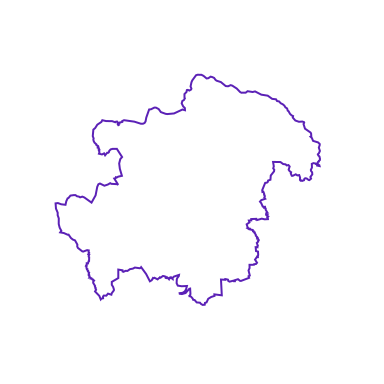 Pluak Daeng, Rayong, Thailand (Natural Earth projection), rotated 332°
{"feature_id": "78962969B8046097083868", "entity_name": "Pluak Daeng", "entity_type": "district", "adm_level": 2, "iso_a3": "THA", "parent_name": "Thailand", "parent_adm1": "Rayong", "projection": "natural_earth1", "projection_center": [101.223, 12.976], "detail": "fine", "context": "isolated", "style": "outline", "palette": "violet", "viewbox_px": 384, "rotation_deg": 332, "n_neighbors": 0, "source": "geoboundaries", "source_scale": "gbopen_adm2", "svg_char_len": 6026}
<svg xmlns="http://www.w3.org/2000/svg" viewBox="0 0 384 384"><g transform="rotate(332 192 192)"><path d="M323.5,198.8L324.6,196.3L324.6,195.2L321.5,189.1L322.4,184.3L323.6,183.5L323.7,182.9L322.5,181.6L319.4,180.2L316.8,177.4L315.9,173.6L316.9,172.4L315.9,171.1L315.2,168.9L315.2,166.0L314.7,165.1L315.2,162.9L314.2,161.1L314.1,159.1L313.3,157.1L312.0,155.3L311.4,152.9L309.8,151.6L309.7,149.6L306.5,147.4L304.1,142.5L298.9,138.6L294.9,132.8L292.5,132.2L288.4,129.1L286.0,129.5L282.2,127.5L281.4,126.3L280.1,121.7L277.5,117.0L276.3,115.8L273.5,115.6L271.5,114.3L269.1,108.5L266.0,105.3L265.4,104.1L265.1,101.7L263.9,100.1L262.6,98.9L259.8,99.2L258.2,98.6L256.7,94.9L255.4,93.0L252.0,91.1L250.4,90.8L244.6,93.6L243.1,94.8L240.3,98.1L240.0,100.5L239.3,101.1L237.3,101.2L236.3,99.9L235.3,99.6L234.1,101.1L231.3,102.0L229.6,105.3L229.7,105.9L228.0,107.0L226.2,107.1L224.5,108.9L224.4,112.3L225.1,114.5L224.2,116.5L222.3,114.7L213.0,114.2L206.8,111.6L205.4,110.6L202.0,106.8L201.5,103.1L199.8,100.6L198.4,99.8L194.6,99.7L192.9,99.0L186.6,104.8L184.1,107.9L182.5,108.8L180.7,108.7L178.9,107.7L174.1,102.8L165.7,96.7L163.7,96.6L163.3,97.4L160.4,96.6L160.0,97.6L159.0,97.6L158.4,99.2L158.2,97.3L159.0,95.9L158.9,94.6L157.8,94.2L157.0,94.4L154.8,92.0L149.4,89.0L146.5,86.5L144.9,87.6L140.0,88.1L136.5,90.1L134.2,90.6L130.6,96.1L130.3,98.5L129.5,99.4L129.1,100.9L129.1,102.7L129.9,104.9L129.6,105.4L130.7,107.4L130.5,108.3L129.8,108.0L129.5,108.6L130.2,109.2L130.1,111.3L129.8,111.6L129.3,111.4L129.0,113.4L127.8,114.5L130.2,116.6L132.5,116.6L132.5,118.8L135.6,117.5L136.2,118.0L137.2,117.9L138.3,116.8L140.2,116.2L142.0,116.6L145.9,118.6L146.7,128.3L144.1,129.3L141.1,132.6L139.2,137.6L137.7,144.8L134.0,143.8L132.4,143.9L131.8,143.2L131.0,143.9L129.7,143.6L130.2,151.0L129.5,149.9L124.6,146.9L123.9,145.8L121.1,145.9L117.6,145.3L114.7,141.3L113.0,141.2L110.8,142.9L105.3,149.7L98.3,154.2L94.4,146.3L93.0,144.6L90.7,144.2L90.0,143.0L88.4,141.7L87.7,140.1L86.3,139.3L83.0,138.1L80.1,139.3L79.2,139.2L76.7,141.1L74.3,143.9L70.7,141.4L68.4,138.8L66.2,138.0L64.1,142.8L63.7,147.2L62.5,149.4L62.0,152.7L59.3,157.7L58.4,161.4L58.4,164.9L56.7,165.8L59.6,168.1L62.2,171.4L63.0,171.7L63.5,175.8L64.5,178.1L66.0,179.8L66.1,184.6L65.1,186.2L65.0,187.8L67.2,192.8L67.9,193.5L72.1,194.1L73.4,195.1L72.5,196.4L72.7,197.2L71.2,198.3L71.9,199.0L70.6,200.1L70.4,200.8L70.6,201.3L68.7,204.6L68.3,204.5L66.6,206.2L65.6,205.5L64.6,207.3L64.3,207.0L63.6,207.5L63.8,207.8L63.0,210.2L63.4,210.9L62.9,211.3L63.3,212.8L62.8,213.2L63.3,214.9L62.8,215.2L62.3,217.0L61.9,216.5L61.7,216.8L61.8,219.1L61.3,219.4L62.0,219.7L62.4,220.6L62.1,220.9L62.8,221.2L62.8,222.2L63.5,222.7L63.8,223.8L63.3,223.7L63.1,224.8L62.5,225.0L62.1,225.9L62.3,229.5L61.8,230.0L61.9,231.6L61.4,231.9L61.4,233.3L59.7,234.3L61.4,240.2L61.0,244.0L61.9,243.6L63.6,244.1L64.3,242.6L65.4,242.0L67.7,243.3L70.1,242.3L72.6,244.8L73.6,243.7L76.8,242.2L77.3,241.4L77.8,238.8L77.6,236.3L79.0,233.7L86.5,233.4L90.5,225.9L93.9,228.5L93.4,229.6L94.0,230.3L96.3,230.4L98.0,231.4L101.0,231.0L103.8,231.9L106.1,231.9L110.1,234.8L111.1,234.9L111.8,234.5L113.0,242.9L112.9,251.1L115.0,251.0L117.2,249.6L117.5,250.1L118.6,250.1L120.6,253.0L122.3,252.5L123.5,252.8L123.8,252.4L124.2,252.9L126.8,252.5L127.5,252.9L128.8,254.2L128.4,255.5L129.0,256.0L129.9,255.6L130.7,258.2L131.8,257.1L133.0,257.3L133.5,257.9L133.0,258.3L133.5,258.7L133.4,258.2L133.6,258.0L134.1,259.6L134.6,258.7L136.3,258.2L141.6,259.1L140.9,260.0L138.4,261.2L137.5,262.1L135.6,265.3L135.5,268.0L138.7,270.4L143.4,272.6L141.0,275.2L138.9,276.4L136.3,276.6L133.6,275.5L133.4,276.1L135.2,277.4L138.9,278.2L144.2,276.2L145.0,276.4L142.7,281.4L141.3,282.5L140.0,282.6L141.3,282.9L142.0,283.9L142.6,286.5L142.4,287.7L143.6,288.6L144.3,291.7L147.1,293.5L147.3,294.8L148.4,296.7L150.3,297.5L151.4,296.0L153.0,296.3L156.2,293.9L159.7,293.7L163.1,294.3L163.7,292.9L169.8,297.2L176.5,282.9L180.1,285.1L180.5,284.5L181.3,285.1L182.6,286.3L182.3,287.6L183.1,288.8L187.2,289.8L187.1,290.4L188.0,290.9L188.5,290.0L191.7,290.6L192.7,293.0L193.5,293.5L202.1,294.6L202.4,292.9L203.8,292.9L205.1,287.8L207.1,286.2L208.6,283.3L212.5,285.3L212.9,284.9L214.7,285.6L216.2,285.0L215.9,281.3L218.5,280.0L219.4,280.4L219.5,279.5L220.1,279.6L220.9,278.6L222.3,275.6L220.8,274.2L222.3,270.6L223.8,271.5L224.2,270.6L224.9,270.4L225.3,267.4L227.1,266.9L227.2,266.2L228.4,265.8L228.3,264.3L227.8,263.9L228.4,263.5L227.9,262.8L228.4,262.2L227.8,260.5L228.3,259.6L228.0,257.6L228.4,257.2L227.9,256.7L228.1,255.7L227.4,255.3L227.8,254.0L226.3,252.9L226.0,251.6L225.3,251.3L224.9,251.6L224.0,250.0L224.7,250.0L224.5,249.4L225.1,246.2L228.5,245.8L228.8,243.9L231.0,244.9L231.6,243.7L236.0,245.8L235.7,246.4L236.3,246.7L236.3,247.3L241.1,248.3L243.3,250.2L246.3,251.6L246.8,250.4L246.6,249.6L247.8,249.3L247.0,247.7L247.7,247.4L246.8,247.0L246.9,246.5L247.7,245.5L248.9,245.6L248.7,242.2L249.3,241.2L249.0,240.7L249.4,239.6L248.3,239.6L248.5,238.7L247.6,238.1L247.9,234.5L247.5,232.4L249.4,231.7L253.5,232.4L253.3,230.7L254.3,230.0L254.6,229.0L254.3,228.3L254.9,227.4L255.1,225.5L254.4,225.2L254.9,224.7L254.5,224.1L254.9,223.3L260.9,218.3L262.5,218.9L263.6,218.7L264.6,217.6L267.0,218.0L269.3,214.4L274.1,212.3L275.1,210.9L274.8,209.3L276.3,207.7L277.7,203.5L284.2,207.1L285.6,210.1L287.6,211.5L288.1,213.0L289.8,213.5L290.2,215.3L287.8,217.7L288.0,219.5L288.8,221.1L287.9,222.0L287.7,224.5L288.5,225.0L291.9,225.1L292.8,226.8L294.6,227.4L294.2,230.0L293.0,232.0L293.2,233.0L294.2,233.2L294.4,233.9L296.4,234.2L297.3,233.2L298.4,233.0L299.6,233.9L300.6,236.1L301.2,236.6L303.4,236.1L303.6,234.3L306.5,232.9L307.3,231.0L307.0,229.3L307.3,228.3L309.4,226.7L311.0,223.4L312.7,223.5L314.3,224.7L314.4,225.4L315.5,226.4L314.9,227.4L316.8,229.0L317.0,228.1L316.5,227.6L316.4,226.6L315.8,226.2L316.1,225.4L317.4,224.6L318.3,224.7L318.7,224.0L319.8,223.9L320.5,223.0L321.2,220.5L320.7,219.1L320.8,217.8L322.3,217.3L324.2,215.8L324.8,212.4L326.9,210.4L327.3,209.5L326.6,207.4L322.9,203.7L323.2,200.6L322.6,198.8L323.5,198.8Z" fill="none" stroke="#5b21b6" stroke-width="2"/></g></svg>